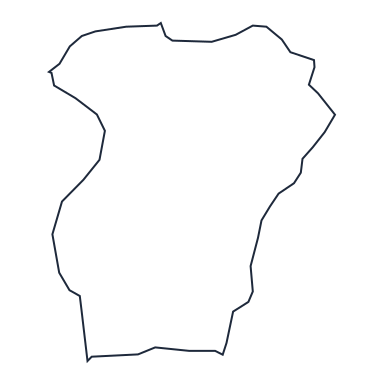 Färgelanda, Västra Götaland, Sweden (Robinson projection)
{"feature_id": "70781695B86197919704884", "entity_name": "Färgelanda", "entity_type": "district", "adm_level": 2, "iso_a3": "SWE", "parent_name": "Sweden", "parent_adm1": "Västra Götaland", "projection": "robinson", "projection_center": [12.057, 58.624], "detail": "fine", "context": "isolated", "style": "outline", "palette": "slate", "viewbox_px": 384, "rotation_deg": 0, "n_neighbors": 0, "source": "geoboundaries", "source_scale": "gbopen_adm2", "svg_char_len": 769}
<svg xmlns="http://www.w3.org/2000/svg" viewBox="0 0 384 384"><path d="M222.7,354.7L226.5,343.0L233.1,311.6L248.4,301.9L252.8,291.5L250.6,266.1L258.0,237.8L261.5,220.4L270.0,206.4L278.6,193.6L294.0,183.2L300.8,172.7L301.4,168.0L302.5,158.8L312.8,147.2L324.7,132.1L335.0,114.7L318.0,93.3L308.9,84.7L314.5,67.2L314.0,60.1L290.4,52.2L281.8,39.5L266.4,26.7L252.8,25.6L235.7,34.8L211.7,41.8L172.4,40.6L165.6,36.0L160.8,23.0L157.0,25.6L126.2,26.7L95.4,31.4L81.8,36.0L69.8,46.4L59.5,63.8L49.0,71.9L51.5,72.9L54.1,85.5L75.5,98.2L96.9,114.5L104.9,130.8L99.5,159.8L83.4,179.8L62.0,201.5L52.4,234.3L59.2,272.7L69.5,290.2L79.8,296.0L81.5,310.0L87.5,361.0L91.7,356.7L138.0,354.4L155.2,347.4L189.5,350.9L215.2,350.9L222.7,354.7Z" fill="none" stroke="#1e293b" stroke-width="2"/></svg>